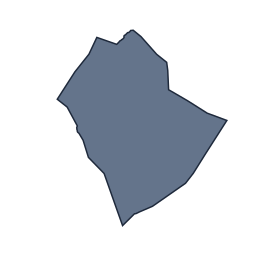 Chandmani, Govi-Altay, Mongolia, rotated 37°
{"feature_id": "93677404B36095264987417", "entity_name": "Chandmani", "entity_type": "district", "adm_level": 2, "iso_a3": "MNG", "parent_name": "Mongolia", "parent_adm1": "Govi-Altay", "projection": "equal_earth", "projection_center": [97.862, 45.436], "detail": "fine", "context": "isolated", "style": "filled", "palette": "slate", "viewbox_px": 256, "rotation_deg": 37, "n_neighbors": 0, "source": "geoboundaries", "source_scale": "gbopen_adm2", "svg_char_len": 949}
<svg xmlns="http://www.w3.org/2000/svg" viewBox="0 0 256 256"><g transform="rotate(37 128 128)"><path d="M202.4,62.5L182.3,68.5L159.0,70.4L137.4,73.0L125.1,58.1L119.4,52.3L106.5,51.9L83.4,47.2L73.3,46.8L71.4,48.6L71.5,49.7L71.2,51.0L71.1,51.3L70.6,51.7L70.3,52.1L70.1,53.4L70.0,54.2L70.0,54.9L69.8,55.4L69.4,56.1L69.4,56.9L69.9,57.6L70.4,58.1L70.4,58.7L70.4,59.4L70.2,60.2L70.1,60.8L69.7,61.2L69.7,62.1L69.3,63.0L69.1,63.3L69.1,63.8L69.0,64.2L69.1,64.7L68.6,68.0L48.6,74.4L52.4,92.6L51.8,115.1L54.2,147.6L66.8,147.9L85.8,156.6L86.3,156.9L86.5,157.7L86.9,158.7L87.4,159.1L87.7,159.5L88.2,160.0L88.7,160.3L89.4,161.0L89.8,161.4L90.3,161.6L91.3,161.7L92.2,161.8L99.5,164.8L114.1,175.3L136.3,178.7L169.5,200.7L182.4,209.2L184.8,192.6L185.6,191.9L185.9,191.6L186.0,191.3L186.1,191.0L186.3,190.8L186.4,190.6L186.8,189.8L187.6,188.2L194.7,175.7L207.2,137.5L207.4,124.9L205.5,102.9L202.4,62.5Z" fill="#64748b" stroke="#1e293b" stroke-width="1.5"/></g></svg>